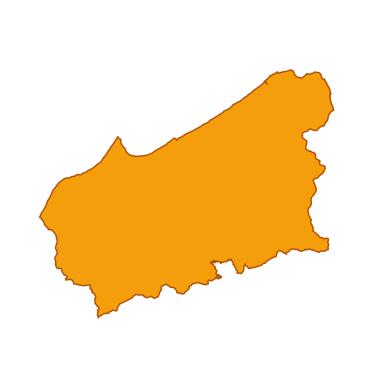 Jama, Manabi, Ecuador, rotated 11°
{"feature_id": "8360857B32343432212573", "entity_name": "Jama", "entity_type": "district", "adm_level": 2, "iso_a3": "ECU", "parent_name": "Ecuador", "parent_adm1": "Manabi", "projection": "mercator", "projection_center": [-80.22, -0.215], "detail": "fine", "context": "isolated", "style": "filled", "palette": "amber", "viewbox_px": 384, "rotation_deg": 11, "n_neighbors": 0, "source": "geoboundaries", "source_scale": "gbopen_adm2", "svg_char_len": 6010}
<svg xmlns="http://www.w3.org/2000/svg" viewBox="0 0 384 384"><g transform="rotate(11 192 192)"><path d="M334.4,211.7L333.6,211.6L330.3,212.7L328.8,212.0L326.3,212.1L325.1,211.5L324.2,210.1L322.2,209.4L319.0,207.4L317.9,207.1L318.0,205.3L317.7,203.8L316.7,202.8L316.1,201.5L314.8,200.4L314.2,198.9L314.3,196.4L311.4,192.9L308.9,187.3L310.5,184.3L311.3,181.7L311.3,180.8L310.0,175.7L310.4,174.4L312.6,170.3L313.7,166.8L312.7,163.8L309.3,158.6L308.8,157.0L309.6,155.8L312.5,154.2L313.4,153.0L314.0,151.6L316.6,148.7L317.3,147.4L318.0,145.2L318.2,143.5L317.7,141.6L317.2,141.3L315.4,141.0L313.4,141.1L312.5,140.9L311.5,138.5L311.5,136.9L307.5,135.8L306.6,134.5L306.0,131.3L304.6,130.4L303.4,130.0L302.1,130.2L300.5,129.1L299.8,129.6L297.9,129.1L295.4,127.8L295.1,126.9L295.0,125.4L295.5,123.6L295.0,120.5L294.5,119.7L290.4,117.9L289.9,117.4L289.4,115.3L289.4,113.3L289.9,112.4L291.3,111.4L293.8,110.2L295.3,108.1L296.4,107.6L300.7,108.3L302.7,107.8L305.1,103.9L309.3,101.4L309.2,100.9L309.4,99.3L311.3,95.8L311.5,90.1L311.9,88.9L313.1,86.9L315.3,84.6L313.9,81.4L311.6,78.2L311.2,76.9L310.4,75.4L309.8,73.2L308.8,72.0L309.4,71.2L308.7,70.3L309.6,69.0L308.8,68.7L308.6,67.4L308.0,66.5L307.8,65.4L307.1,64.0L304.6,61.3L303.6,60.6L303.4,59.1L302.5,58.6L300.5,56.0L299.5,56.5L298.5,55.5L297.4,55.0L295.9,51.8L294.4,50.8L290.1,50.8L289.1,51.2L288.0,52.4L286.3,53.0L285.2,54.0L284.3,54.1L283.1,53.8L281.9,54.2L281.6,54.6L281.8,55.4L281.1,55.7L278.3,59.2L277.7,59.6L276.1,58.9L274.2,59.3L272.7,59.0L270.1,56.8L269.2,55.1L267.9,53.8L267.2,53.5L266.4,54.1L265.9,53.5L265.3,53.4L261.8,55.5L258.2,56.8L254.6,58.8L253.8,58.7L253.4,58.0L252.8,57.9L250.0,60.8L248.8,61.0L247.7,62.9L246.7,62.7L245.1,65.8L242.3,69.2L243.8,70.1L244.8,71.2L244.0,71.1L242.4,69.7L239.3,74.3L233.7,80.0L231.0,83.6L229.0,85.4L227.0,88.2L226.0,88.7L221.9,93.8L218.9,95.8L217.7,97.1L216.4,97.8L215.1,99.3L214.8,100.5L213.3,102.3L210.5,104.8L207.9,106.6L206.4,108.8L202.7,112.3L198.6,116.1L196.7,117.5L193.8,121.2L191.2,122.8L188.2,125.9L180.5,132.4L175.7,135.6L170.3,140.7L168.9,141.4L168.3,142.1L167.3,144.1L165.5,142.7L164.4,142.6L163.7,143.0L160.7,146.7L159.2,148.1L157.2,150.8L147.8,158.8L145.9,161.1L141.7,164.0L136.1,166.3L134.1,166.6L130.8,167.6L126.2,167.8L123.6,167.4L119.9,165.3L117.8,161.9L114.9,160.0L114.2,159.3L112.4,156.4L112.1,154.0L110.0,153.5L109.0,152.0L108.7,152.0L104.9,161.2L103.3,164.2L103.0,166.0L102.1,167.4L100.8,171.0L99.4,174.0L98.6,175.2L97.1,179.1L95.8,181.1L94.2,182.4L89.7,188.0L85.7,191.0L84.3,192.7L81.4,194.3L80.0,195.9L78.9,196.5L76.1,196.7L73.3,199.2L71.0,199.8L69.4,201.2L65.9,202.3L64.5,203.1L61.3,206.3L59.1,209.0L56.7,214.3L55.3,216.7L53.6,224.3L51.9,228.4L51.5,231.8L50.5,235.8L48.0,242.2L47.3,245.9L49.1,246.9L51.2,248.8L53.0,250.9L53.0,251.6L54.0,252.3L54.7,253.3L57.3,254.7L58.1,256.3L58.9,255.9L59.9,256.3L61.6,255.8L64.9,258.5L66.8,260.6L69.3,266.5L68.7,270.7L68.7,272.8L69.6,274.5L71.2,276.8L71.3,278.3L70.0,282.6L70.2,283.8L71.6,286.8L72.3,290.1L73.5,291.9L74.5,292.7L77.4,292.2L78.3,292.4L79.0,293.1L79.7,295.2L82.5,297.9L84.9,298.2L85.5,298.6L85.7,299.4L85.5,299.9L84.4,301.3L84.6,302.1L84.9,302.3L85.5,302.3L89.6,300.9L92.0,301.9L93.5,304.7L103.8,304.7L105.6,303.8L108.2,303.0L110.0,302.9L110.3,303.7L110.3,304.5L110.0,304.7L110.4,306.5L111.7,306.5L112.0,307.0L113.2,307.9L113.1,308.3L112.6,308.6L113.0,309.5L113.5,309.9L115.2,310.3L116.5,312.0L117.3,312.6L117.4,314.6L117.0,315.8L118.2,319.2L118.2,320.0L119.6,320.8L120.8,322.4L122.5,323.1L123.0,324.8L122.1,325.5L121.8,326.2L122.6,327.3L122.3,328.4L122.8,329.8L122.5,330.8L123.3,331.1L123.9,333.2L125.4,331.3L128.6,328.4L130.0,327.7L131.6,327.5L131.9,327.0L133.2,327.0L133.8,325.3L135.3,324.7L136.7,323.1L138.0,323.0L139.3,323.3L140.5,323.0L141.0,321.9L140.9,319.5L142.3,315.9L152.7,308.0L155.4,304.3L156.3,303.5L157.4,303.1L158.0,303.4L159.7,303.2L162.4,302.5L163.9,303.0L166.2,304.2L168.4,304.2L171.6,302.2L175.4,303.6L176.8,302.7L178.9,300.9L179.4,296.6L180.2,295.2L180.6,293.4L180.0,290.7L181.8,289.0L184.3,287.5L185.4,288.1L186.9,288.3L188.9,289.6L191.7,289.3L192.7,289.4L195.5,291.4L196.3,293.4L196.9,293.8L198.1,293.5L199.4,294.0L200.0,293.6L201.3,294.0L202.9,293.6L203.6,293.3L203.8,292.4L207.5,287.7L207.3,286.7L207.6,285.9L207.3,285.2L209.1,283.8L210.1,282.1L215.1,279.7L216.0,279.7L217.6,280.2L219.3,280.1L220.9,280.5L223.4,280.4L224.1,279.6L225.4,279.0L224.7,276.4L225.0,275.5L225.9,275.2L227.1,275.7L228.0,275.6L231.5,272.4L232.5,269.8L233.4,269.5L234.7,269.9L234.8,270.5L234.4,271.0L233.5,271.5L233.3,272.1L234.1,272.2L235.3,271.7L237.1,270.1L237.0,269.4L235.4,269.1L234.0,268.2L232.3,268.3L231.5,268.0L231.0,267.4L231.5,265.6L231.5,264.8L231.1,264.0L229.6,263.5L229.3,261.4L227.5,260.3L226.7,259.1L224.4,258.3L223.7,257.6L224.1,256.7L225.7,257.4L226.2,257.3L226.3,256.8L225.4,256.2L225.8,255.6L226.4,255.4L227.3,255.8L228.2,255.4L227.7,256.8L227.9,256.9L230.3,255.2L232.6,255.4L233.8,255.0L234.0,255.2L233.6,256.4L233.8,256.5L235.2,255.3L237.7,254.0L239.6,253.7L239.7,252.9L240.4,251.4L241.3,252.2L242.3,250.9L243.0,251.3L243.5,250.7L244.4,252.3L245.8,253.2L246.1,253.7L246.0,255.0L246.9,255.0L247.0,255.9L249.7,258.7L250.3,260.3L251.3,260.5L251.9,261.6L251.6,262.6L252.4,263.1L252.7,262.7L255.4,262.7L256.5,261.9L257.3,260.0L257.6,257.6L257.1,255.4L257.8,252.9L258.7,253.9L261.0,255.0L262.1,256.3L263.5,256.0L264.8,254.8L266.0,254.9L270.3,252.7L274.2,250.5L274.6,249.7L275.8,248.5L277.3,248.0L278.0,246.3L279.4,245.1L281.2,242.9L282.8,242.0L284.4,240.4L286.2,239.7L286.8,239.2L287.1,235.5L287.7,234.3L289.0,232.8L289.8,232.8L292.6,233.6L294.0,234.4L296.6,234.8L296.3,234.1L296.4,233.3L297.0,232.7L298.5,232.0L299.3,230.1L300.8,229.0L307.0,228.3L307.4,229.1L309.0,229.0L309.7,229.4L310.4,229.5L311.5,228.6L313.1,228.1L313.5,227.2L314.2,226.6L315.8,226.9L317.0,226.0L319.1,225.6L321.3,226.2L321.7,225.7L322.5,225.8L325.0,226.6L325.9,226.4L328.0,227.1L330.0,225.2L332.1,225.1L334.0,224.4L335.4,223.1L336.7,222.4L336.0,220.0L336.2,217.5L334.8,215.4L335.1,212.9L334.4,211.7Z" fill="#f59e0b" stroke="#b45309" stroke-width="1.5"/></g></svg>